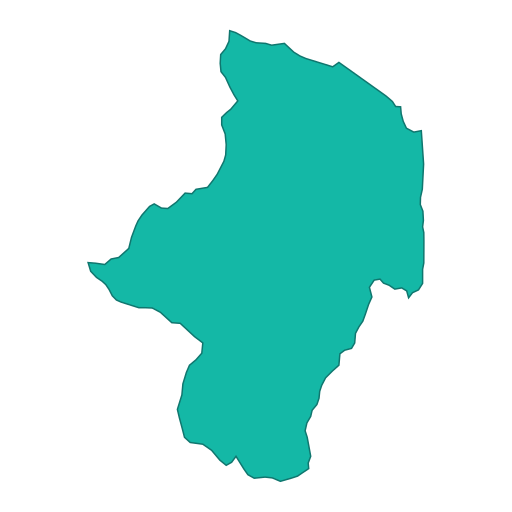 the district of Ourinhos, São Paulo, Brazil
{"feature_id": "56859067B77835067166290", "entity_name": "Ourinhos", "entity_type": "district", "adm_level": 2, "iso_a3": "BRA", "parent_name": "Brazil", "parent_adm1": "São Paulo", "projection": "natural_earth1", "projection_center": [-49.859, -22.956], "detail": "fine", "context": "isolated", "style": "filled", "palette": "teal", "viewbox_px": 512, "rotation_deg": 0, "n_neighbors": 0, "source": "geoboundaries", "source_scale": "gbopen_adm2", "svg_char_len": 1954}
<svg xmlns="http://www.w3.org/2000/svg" viewBox="0 0 512 512"><path d="M422.6,283.4L422.6,276.1L422.6,269.3L423.8,263.0L423.9,241.9L423.8,232.6L422.6,226.9L423.4,220.5L422.9,211.2L420.3,204.6L420.5,197.3L422.3,189.3L423.6,164.1L421.3,130.7L413.8,132.1L406.4,128.2L403.2,121.3L401.2,113.8L400.6,106.8L395.6,106.5L392.4,101.5L386.0,96.0L338.9,62.4L332.7,66.8L305.8,58.5L300.0,56.0L293.8,52.2L284.4,43.4L271.6,45.2L265.6,43.4L256.2,42.8L250.2,41.0L240.6,35.3L235.6,32.6L229.7,30.7L229.0,41.3L225.5,48.8L220.7,54.5L220.2,63.3L221.0,71.7L225.5,77.4L230.0,87.3L234.0,94.8L237.8,100.9L230.8,109.2L226.7,112.5L221.7,117.3L221.7,124.9L225.2,134.0L226.2,144.7L225.7,154.9L223.9,161.3L217.2,174.3L212.8,180.6L207.5,187.4L196.0,189.3L192.0,193.7L185.1,193.1L176.4,202.2L167.8,208.5L161.5,208.1L154.2,203.9L149.6,206.4L142.0,215.0L138.1,220.8L135.8,225.9L131.5,237.4L128.8,248.4L118.7,257.5L111.1,259.0L104.8,264.5L95.5,263.2L88.1,262.6L90.7,271.3L96.5,277.4L102.1,281.2L105.8,284.6L109.1,289.5L112.3,295.8L116.4,300.0L121.1,302.1L138.8,307.7L145.1,307.7L152.2,308.0L160.4,312.3L171.8,322.7L180.2,323.3L188.7,331.2L194.5,336.6L202.8,342.9L201.8,353.2L196.0,359.8L189.5,365.2L186.4,372.4L182.9,383.9L181.9,394.9L177.4,409.4L179.4,417.9L182.2,428.3L184.5,437.3L190.2,442.5L202.8,444.2L211.6,450.3L219.9,460.2L226.2,465.3L231.6,462.3L236.0,456.3L243.9,469.0L247.9,474.7L254.2,478.2L265.1,477.1L272.3,477.9L280.4,481.3L291.8,478.0L297.6,476.1L302.4,472.8L308.7,468.6L308.2,463.0L310.7,456.3L308.7,445.4L307.2,437.3L305.1,430.8L306.9,422.9L310.7,416.4L312.1,410.3L316.9,404.5L319.0,398.3L319.7,391.3L321.7,385.3L325.6,377.8L332.5,370.9L338.9,365.2L339.9,353.8L344.7,350.2L351.5,348.4L354.7,343.0L355.5,333.3L359.0,326.7L362.8,321.2L365.3,314.3L368.6,304.4L371.9,297.0L369.4,287.3L374.2,280.1L380.0,279.1L383.5,283.1L389.0,285.2L394.8,289.1L401.7,287.9L406.7,290.9L408.6,297.8L412.5,292.7L418.5,289.9L422.6,283.4Z" fill="#14b8a6" stroke="#0f766e" stroke-width="1.5"/></svg>